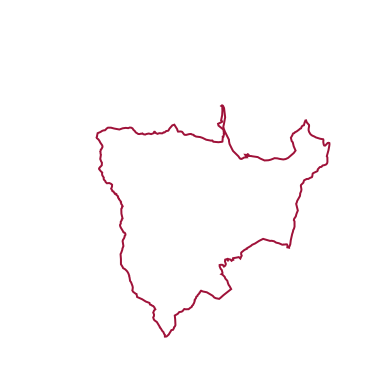 Campulung Moldovenesc, Suceava, Romania (Robinson projection), rotated 220°
{"feature_id": "2599482B38136617822429", "entity_name": "Campulung Moldovenesc", "entity_type": "district", "adm_level": 2, "iso_a3": "ROU", "parent_name": "Romania", "parent_adm1": "Suceava", "projection": "robinson", "projection_center": [25.58, 47.494], "detail": "fine", "context": "isolated", "style": "outline", "palette": "rose", "viewbox_px": 384, "rotation_deg": 220, "n_neighbors": 0, "source": "geoboundaries", "source_scale": "gbopen_adm2", "svg_char_len": 6026}
<svg xmlns="http://www.w3.org/2000/svg" viewBox="0 0 384 384"><g transform="rotate(220 192 192)"><path d="M125.4,316.7L128.2,315.1L132.3,313.4L133.8,313.2L136.1,312.5L137.7,312.4L138.7,312.5L140.9,313.3L142.3,314.2L143.3,315.4L144.7,317.8L145.5,318.6L148.8,319.1L150.7,320.2L151.1,319.6L150.7,318.8L150.5,317.8L149.2,315.1L149.9,313.8L150.0,312.7L149.4,310.9L150.0,309.7L150.0,308.9L150.8,305.5L151.5,304.1L151.5,302.8L152.1,302.1L152.1,301.3L151.6,300.0L151.1,297.1L148.4,295.1L146.7,294.8L143.5,292.4L139.3,290.3L139.1,287.3L140.3,279.9L141.4,277.5L143.0,275.6L146.1,273.7L148.3,272.6L150.6,270.9L151.0,270.0L152.5,267.3L153.9,265.4L156.7,262.8L161.2,261.5L164.1,261.0L169.1,257.9L169.6,257.7L172.3,255.6L172.5,256.8L173.1,256.9L173.6,256.8L173.8,255.6L175.1,254.7L172.3,253.8L174.2,252.0L175.2,249.3L176.0,248.9L175.9,248.8L176.2,248.6L177.0,248.5L179.4,249.2L186.9,249.8L188.9,250.6L194.1,252.9L196.2,254.6L197.3,255.8L205.6,259.4L208.2,260.8L210.0,262.2L211.3,264.7L214.6,270.5L221.4,276.9L223.6,277.9L224.1,277.9L224.7,277.7L224.9,276.7L223.5,276.8L222.1,275.0L221.8,274.9L218.3,270.3L215.7,265.5L214.4,265.5L214.1,264.9L215.9,261.0L214.4,259.9L208.1,260.0L205.5,257.7L205.2,257.1L204.7,257.0L203.8,255.1L204.0,254.5L203.4,254.4L203.3,254.0L203.5,253.6L201.1,250.2L201.3,249.7L203.8,247.1L208.0,244.2L209.2,244.5L209.8,244.4L210.2,243.7L214.7,241.2L218.8,240.2L221.1,239.3L224.5,237.1L226.8,236.5L227.5,236.8L228.8,236.1L230.1,235.8L231.4,234.5L233.1,232.1L234.2,231.2L235.1,231.0L238.0,231.7L238.6,231.6L239.7,231.0L241.5,229.3L242.9,229.9L243.5,230.5L248.8,232.2L249.9,230.4L250.0,226.1L249.6,224.1L249.7,223.5L250.9,222.2L251.2,220.5L251.4,219.9L252.1,219.4L252.3,218.2L252.6,217.7L254.9,216.0L255.8,214.4L257.6,213.9L259.2,214.2L259.6,213.9L259.6,213.5L259.1,212.6L260.5,210.1L262.7,209.0L264.2,207.1L264.8,205.9L266.4,205.0L267.6,205.0L267.9,204.3L268.5,204.0L269.3,202.8L270.4,201.9L273.5,201.5L274.8,201.9L276.9,202.0L278.5,202.5L279.9,202.2L281.1,201.4L281.9,199.9L283.9,198.6L286.0,196.3L287.8,193.2L292.4,190.6L295.4,189.2L297.7,187.3L298.2,185.7L298.2,184.4L298.4,183.3L299.3,182.4L300.1,181.1L300.7,179.1L302.1,176.4L300.9,174.1L300.4,173.4L300.2,172.5L299.5,172.1L297.4,172.1L295.6,171.6L294.0,170.9L290.7,170.0L289.7,169.2L289.5,168.9L289.0,167.0L289.1,165.8L288.5,165.0L288.3,164.0L287.7,163.7L286.5,162.4L285.8,162.1L283.5,158.3L281.2,157.0L279.9,156.6L278.3,154.5L278.3,153.0L278.5,152.2L278.3,151.4L278.4,150.7L278.4,150.4L277.8,149.8L274.7,149.2L273.3,149.2L272.6,148.1L271.4,147.1L268.8,146.3L268.5,145.7L267.6,144.9L265.3,144.6L264.6,144.1L262.8,144.0L261.1,145.7L259.3,146.2L257.9,146.2L256.8,144.8L256.3,143.5L256.1,142.6L254.1,141.9L253.5,141.5L252.5,141.9L251.9,141.6L251.3,141.6L250.0,141.0L249.7,141.1L249.6,141.6L248.6,141.8L247.9,141.1L246.3,141.2L245.5,140.8L245.4,140.5L244.9,140.1L243.7,140.0L243.4,139.6L240.3,138.9L239.9,138.7L239.7,138.1L239.1,137.9L238.4,137.3L237.7,137.2L235.9,136.5L235.8,135.9L236.0,135.5L235.4,134.6L235.3,134.2L235.3,133.6L232.1,130.0L228.1,127.0L228.3,126.2L228.1,125.7L227.7,125.3L227.4,123.3L226.3,122.1L226.0,120.6L225.4,119.9L223.8,119.0L219.7,117.6L218.7,117.1L218.2,117.1L217.7,117.5L217.2,117.5L216.3,117.2L215.7,116.7L215.4,116.3L215.3,114.9L214.9,114.5L214.3,112.8L214.1,111.0L213.6,109.8L209.8,106.5L208.9,103.9L208.3,103.0L207.1,99.8L206.8,98.5L203.3,94.9L200.0,91.0L197.0,90.0L195.8,89.4L193.7,89.8L191.9,89.7L190.5,89.5L188.5,88.8L186.1,87.4L186.0,87.1L184.8,86.3L182.3,84.1L180.7,83.7L177.1,81.7L176.0,80.8L174.9,79.2L174.5,78.3L172.9,77.7L169.5,77.9L169.0,78.2L166.5,76.3L161.3,77.8L156.9,78.4L153.3,79.7L152.1,78.9L151.5,78.8L150.7,79.3L149.5,79.3L148.4,79.7L146.5,79.4L145.8,78.9L144.7,78.6L144.9,76.8L144.1,74.6L143.7,74.5L142.3,73.7L141.4,72.5L141.1,71.0L139.6,70.0L138.4,69.6L135.3,69.8L129.5,67.8L129.4,67.5L128.1,67.4L125.6,66.5L123.8,66.3L122.2,65.4L121.0,65.2L120.6,64.6L119.8,63.8L119.0,64.5L118.6,65.1L118.2,67.8L119.0,73.0L118.0,74.2L118.3,76.0L118.8,76.7L118.7,77.9L119.1,79.3L119.5,79.8L123.0,83.6L125.8,86.3L124.6,89.5L124.6,91.8L123.3,93.3L122.7,94.5L122.7,97.4L121.6,98.0L119.3,100.0L118.8,102.6L118.4,103.5L118.5,104.3L118.8,104.9L118.6,106.3L118.9,107.0L119.0,108.0L120.0,110.6L120.5,110.8L120.6,111.1L120.7,113.1L121.4,114.6L121.0,115.7L121.4,116.8L121.2,119.2L121.6,119.9L121.4,120.7L121.7,121.8L121.6,122.2L119.7,122.8L116.2,124.7L109.5,125.8L107.1,125.5L105.4,126.0L102.5,127.6L102.1,129.5L101.6,133.1L99.6,142.8L102.6,144.0L104.2,144.4L105.7,145.2L107.9,146.7L110.8,147.1L112.4,148.0L115.5,148.3L116.6,148.0L116.3,149.1L116.7,149.7L119.1,151.4L120.7,151.6L123.0,152.8L123.9,153.8L123.4,154.5L122.1,155.6L121.3,155.9L120.2,155.5L119.6,155.4L119.2,157.0L119.8,158.6L122.1,160.0L123.1,161.5L121.8,163.6L121.4,163.4L120.9,162.6L120.5,162.6L120.8,164.1L119.0,165.0L117.5,164.7L117.3,165.5L116.8,166.6L117.6,166.9L118.0,167.7L116.2,169.8L114.3,172.2L112.2,172.1L112.6,173.5L112.9,174.2L112.9,175.0L113.1,175.3L114.2,175.8L115.1,176.8L115.3,177.2L115.3,177.7L114.6,181.3L113.5,183.8L113.8,184.0L112.2,188.7L112.0,190.2L110.6,193.1L109.2,197.6L107.4,201.8L100.8,204.7L99.7,205.8L97.5,207.0L95.0,207.3L92.5,208.6L89.1,209.6L88.3,210.2L88.0,210.8L87.1,211.4L86.3,212.4L85.7,212.8L85.4,212.9L84.3,212.2L83.4,210.9L81.9,211.7L82.1,211.9L82.5,213.4L83.1,215.1L85.3,218.5L88.3,224.3L89.0,226.1L90.0,228.0L90.3,229.5L91.2,231.4L94.6,235.4L95.9,235.9L96.4,236.9L96.6,237.6L96.6,239.0L96.9,239.8L96.9,240.4L97.5,241.4L98.2,243.2L99.0,245.8L104.6,249.9L105.0,251.3L105.7,252.8L106.7,258.2L107.6,259.7L108.2,260.4L109.0,263.0L109.9,264.4L112.6,266.7L113.0,267.5L112.7,270.8L113.3,272.0L113.6,273.1L112.5,275.7L111.3,276.8L110.6,278.8L109.7,280.4L110.0,281.4L111.3,283.5L111.3,284.3L109.4,288.5L109.5,289.2L110.2,290.1L110.1,293.2L109.0,294.5L109.0,296.2L107.7,297.9L106.9,299.5L107.0,300.9L107.6,302.1L110.6,305.6L111.7,306.0L114.3,311.7L116.5,315.6L117.5,317.1L118.3,317.8L119.0,317.5L119.6,316.7L119.8,313.2L120.2,312.8L120.7,312.6L121.7,313.1L123.6,314.7L124.6,316.2L125.4,316.7Z" fill="none" stroke="#9f1239" stroke-width="2"/></g></svg>